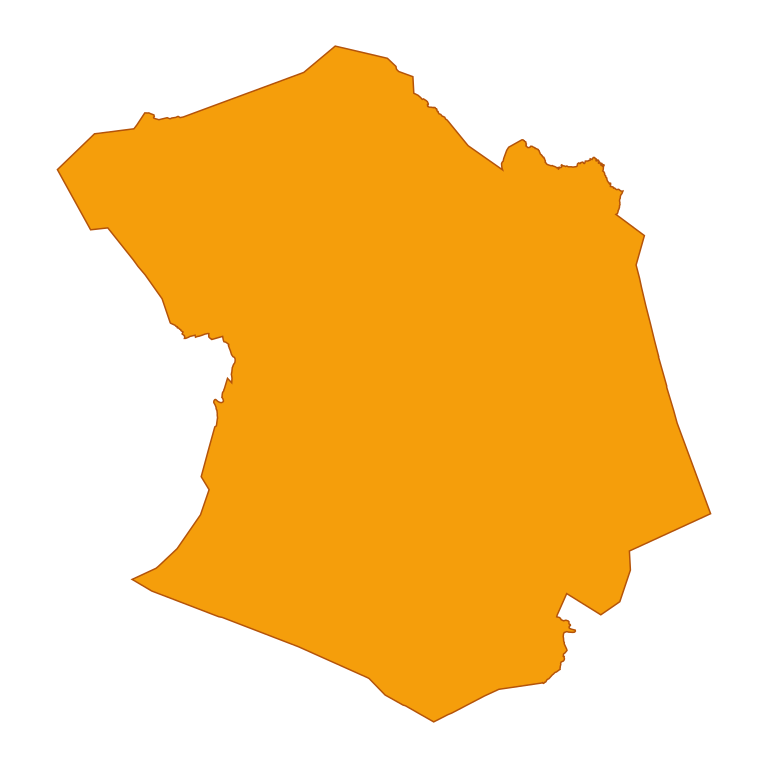 Oppdal nor, Sør-Trøndelag, Norway
{"feature_id": "86288312B17793327792400", "entity_name": "Oppdal nor", "entity_type": "district", "adm_level": 2, "iso_a3": "NOR", "parent_name": "Norway", "parent_adm1": "Sør-Trøndelag", "projection": "orthographic", "projection_center": [9.674, 62.536], "detail": "fine", "context": "isolated", "style": "filled", "palette": "amber", "viewbox_px": 768, "rotation_deg": 0, "n_neighbors": 0, "source": "geoboundaries", "source_scale": "gbopen_adm2", "svg_char_len": 6080}
<svg xmlns="http://www.w3.org/2000/svg" viewBox="0 0 768 768"><path d="M710.6,513.7L677.1,423.0L673.7,410.6L666.7,387.3L666.7,385.9L658.5,356.9L658.7,356.7L654.6,340.9L650.4,323.6L645.8,305.7L641.5,287.4L639.5,278.1L636.1,265.0L644.4,235.6L615.9,214.4L617.4,213.6L618.1,211.5L618.1,210.6L618.7,209.7L619.5,207.2L619.5,205.6L620.0,204.8L619.8,203.3L619.9,202.6L619.5,200.9L619.7,199.3L620.2,198.3L620.4,196.2L620.9,194.9L622.0,193.5L622.3,192.4L622.8,191.6L622.9,191.0L622.1,191.3L620.5,190.8L618.7,189.3L616.7,189.6L615.8,189.2L614.6,188.0L613.6,188.2L613.2,187.2L612.9,186.9L610.4,186.5L610.3,186.2L610.5,185.6L610.6,185.0L610.6,183.3L610.1,183.1L609.4,183.8L608.7,182.5L608.1,181.9L607.5,181.0L606.9,179.4L606.8,178.0L605.8,177.2L605.7,176.7L605.8,176.2L605.7,175.9L604.7,174.8L604.6,173.2L603.6,171.5L602.7,171.0L603.1,170.1L603.2,169.6L603.4,167.8L603.3,166.9L604.1,165.3L604.0,164.9L603.4,164.7L603.0,165.1L602.6,166.1L602.4,166.2L602.1,165.8L602.4,165.0L602.2,164.5L601.7,164.6L601.3,165.2L600.9,165.0L601.0,164.8L601.9,164.1L602.0,163.6L601.8,163.4L601.2,163.3L600.6,164.0L600.3,163.8L599.9,162.4L599.5,162.2L599.3,162.4L599.0,163.1L598.5,163.2L598.4,162.9L598.6,162.3L599.1,161.5L598.4,160.2L597.8,160.1L597.3,160.8L597.0,160.9L596.1,160.8L596.0,160.3L596.1,160.1L596.7,160.0L596.8,159.7L596.2,158.9L595.2,158.6L594.8,157.7L594.5,157.5L593.3,157.5L592.2,159.0L592.1,159.4L590.2,158.8L590.1,159.2L590.6,159.6L590.5,159.9L589.7,160.4L588.8,160.5L588.0,161.0L585.3,161.1L585.1,162.2L584.6,163.3L584.3,163.5L583.6,163.3L583.2,162.4L582.6,162.1L580.8,162.6L580.5,163.3L580.0,163.6L579.0,162.9L578.5,163.0L577.5,163.9L577.2,165.7L576.7,166.4L576.3,166.6L572.9,167.1L571.5,166.8L568.2,166.8L566.9,166.0L565.5,166.5L564.6,166.0L563.1,165.8L561.7,164.8L561.4,165.0L561.2,165.5L561.7,166.4L561.7,166.8L561.5,167.1L560.8,167.6L559.7,167.4L558.5,169.1L558.2,168.9L558.1,168.3L558.5,167.9L558.8,167.4L556.7,167.8L555.8,167.0L554.1,166.3L553.3,166.2L552.6,165.6L550.9,165.7L548.1,164.8L546.7,164.1L546.1,163.1L545.2,162.2L545.4,161.0L544.7,159.5L544.5,158.7L544.0,158.2L544.0,157.5L543.7,157.2L542.7,156.8L542.5,156.5L542.3,155.9L541.7,155.5L541.7,155.2L541.1,154.6L540.5,154.2L540.1,153.5L540.0,152.9L539.6,152.3L539.3,151.3L539.2,151.2L539.1,150.7L538.2,149.9L538.2,149.5L535.7,148.4L535.2,148.5L535.0,147.8L532.9,146.9L532.3,146.4L530.8,146.2L530.1,147.2L529.6,147.2L529.1,147.6L527.6,147.5L526.4,146.1L526.2,146.1L526.2,145.5L526.0,145.4L526.1,144.9L526.0,144.7L526.3,144.2L526.2,144.0L526.3,143.9L526.0,143.5L525.9,143.2L526.0,142.9L525.8,142.6L525.7,141.8L524.6,141.4L524.3,140.7L523.5,140.4L523.0,139.8L521.9,139.8L508.7,147.2L506.7,150.3L503.7,158.5L503.2,161.1L502.1,162.3L501.5,163.8L501.9,167.6L502.6,169.9L468.1,145.7L447.1,120.0L445.6,119.1L444.7,117.2L442.8,116.3L442.3,116.3L440.7,114.4L439.0,113.8L438.9,113.4L438.4,112.9L438.3,112.4L438.1,112.3L438.1,111.5L437.4,111.3L436.8,110.1L436.9,109.3L436.4,108.7L435.7,108.6L435.2,107.9L435.1,107.6L434.0,107.4L433.6,107.7L433.0,107.4L432.2,107.5L431.2,107.2L429.4,107.2L429.0,107.1L428.1,106.3L427.7,106.4L427.5,105.9L427.8,105.3L427.5,104.5L427.8,104.2L428.3,104.2L428.3,103.8L427.4,101.7L426.2,100.6L423.5,98.9L422.3,99.4L420.8,97.7L418.1,95.3L413.8,93.2L412.9,76.7L398.7,71.5L396.6,69.4L396.2,68.0L396.0,66.5L387.4,58.3L335.2,46.1L303.8,72.4L183.2,117.0L180.1,117.6L178.4,116.5L177.7,116.5L175.8,117.4L171.8,118.0L171.2,118.2L170.8,118.6L169.6,118.7L167.2,117.7L158.9,119.7L155.0,118.6L153.7,118.0L153.6,117.2L154.3,116.6L153.9,114.9L150.1,113.5L148.9,112.9L147.8,113.0L144.8,112.9L136.9,124.9L133.9,128.8L94.5,133.8L57.4,169.6L90.6,229.8L107.8,227.9L133.3,259.9L138.0,266.4L145.2,274.9L162.1,298.8L170.2,322.7L170.6,323.2L175.1,325.3L176.0,326.3L177.3,326.7L177.2,327.6L177.9,328.0L178.4,327.9L179.8,329.3L180.7,329.6L180.9,330.5L181.1,330.7L183.0,332.0L182.1,333.9L184.4,335.7L184.4,336.3L184.8,337.1L184.4,338.4L185.6,338.4L188.7,337.2L189.7,336.5L195.1,335.2L195.5,337.2L197.4,336.5L199.1,336.2L201.9,335.3L205.0,334.1L207.9,333.5L208.8,333.6L208.7,333.9L208.8,335.7L208.7,336.1L208.9,337.1L210.5,338.6L211.5,339.0L211.5,339.4L211.8,339.5L222.6,336.4L223.3,340.0L223.9,341.7L225.8,342.2L228.7,344.3L228.4,344.9L228.4,345.3L228.7,345.7L228.6,346.0L228.7,346.6L229.2,347.5L229.3,348.2L230.2,350.3L231.5,354.5L232.9,356.6L234.4,357.4L235.0,358.5L235.2,359.9L235.0,361.8L234.7,362.9L233.9,363.9L233.1,365.4L232.9,366.3L232.3,367.5L232.0,370.1L231.8,372.2L231.6,372.7L231.6,373.5L231.3,374.1L231.7,376.1L232.0,378.3L231.7,382.8L227.5,378.3L224.4,388.6L223.9,389.7L223.7,390.9L222.6,392.4L222.3,393.9L222.1,395.4L222.2,396.3L221.8,397.2L222.8,398.6L223.4,400.6L223.4,401.4L222.8,402.0L221.7,402.6L220.1,402.5L218.0,401.5L215.7,399.5L214.9,399.6L214.1,400.5L213.8,401.5L213.8,402.6L215.1,404.9L216.1,407.5L216.1,408.5L216.5,409.8L216.9,410.1L217.3,413.8L217.2,414.9L217.6,418.2L217.4,418.5L216.4,425.8L214.8,426.9L208.3,450.4L201.2,476.7L209.1,489.7L200.5,514.8L177.1,548.7L158.2,566.5L156.0,568.3L132.1,579.4L151.7,591.0L218.7,616.7L222.2,617.4L298.6,646.8L367.6,677.7L369.2,678.6L385.1,695.0L403.1,705.1L405.3,705.7L433.7,721.9L448.0,714.6L451.7,713.1L484.4,696.0L498.9,689.3L541.2,683.1L542.6,682.6L542.9,683.2L543.4,683.4L543.9,683.2L544.8,682.2L545.5,682.1L545.9,681.7L546.7,680.2L547.4,679.4L548.9,678.7L552.5,674.7L553.4,674.1L554.5,672.9L555.3,672.3L556.4,672.0L559.2,669.9L560.1,669.4L560.0,668.0L560.2,667.7L560.2,666.8L560.8,664.3L560.6,663.2L561.2,662.0L563.4,661.0L564.3,659.7L564.4,658.2L564.0,657.2L564.2,656.5L563.3,656.3L563.4,654.8L563.6,653.9L565.1,652.8L567.0,650.4L566.7,649.2L564.4,644.2L564.2,643.3L564.3,642.5L563.7,641.3L563.5,638.0L563.2,636.7L563.5,633.9L564.2,632.5L566.8,631.6L568.5,632.1L573.0,632.4L574.6,632.1L575.4,631.1L575.2,630.1L571.5,629.2L569.4,628.3L569.0,627.0L569.8,625.9L570.4,625.5L570.4,625.0L570.3,624.7L569.9,624.3L569.4,624.4L568.9,623.3L569.0,621.8L568.1,620.9L565.9,620.2L563.6,620.8L561.1,619.7L560.5,618.4L559.4,617.5L556.7,616.8L557.1,615.2L566.7,593.6L600.8,614.8L619.8,601.7L630.4,570.1L629.4,551.0L710.6,513.7Z" fill="#f59e0b" stroke="#b45309" stroke-width="1.5"/></svg>